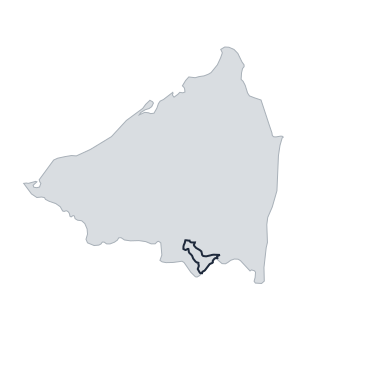 where Madriz sits in Nicaragua, rotated 230°
{"feature_id": "NIC-665", "entity_name": "Madriz", "entity_type": "Department", "adm_level": 1, "iso_a3": "NIC", "parent_name": "Nicaragua", "parent_adm1": "", "projection": "robinson", "projection_center": [-86.499, 13.43], "detail": "fine", "context": "in_parent", "style": "outline", "palette": "slate", "viewbox_px": 384, "rotation_deg": 230, "n_neighbors": 0, "source": "natural_earth", "source_scale": "10m", "svg_char_len": 3352}
<svg xmlns="http://www.w3.org/2000/svg" viewBox="0 0 384 384"><g transform="rotate(230 192 192)"><path d="M306.8,68.6L305.4,70.8L303.8,72.2L300.6,79.1L299.5,79.7L299.3,74.6L297.3,73.9L295.1,75.8L293.8,78.4L295.8,81.8L297.5,81.9L299.6,82.8L305.4,106.6L304.2,110.9L300.7,117.5L297.4,123.1L294.0,126.6L289.9,141.6L286.2,165.9L289.0,187.8L287.7,208.0L288.9,212.8L289.3,218.7L286.5,219.8L284.9,219.6L283.3,216.0L283.5,212.8L285.1,209.0L285.8,203.9L285.0,201.2L283.4,207.0L280.5,209.7L278.7,210.6L276.8,213.5L278.8,219.0L281.3,223.1L282.1,226.0L281.2,229.5L280.7,241.3L279.8,240.9L278.9,239.3L276.2,239.2L275.9,244.0L276.2,246.7L273.9,248.7L273.1,250.8L275.0,252.2L277.0,253.1L279.5,252.9L281.5,258.7L282.2,263.5L277.5,267.9L275.9,271.5L273.2,275.9L271.7,280.3L271.2,283.4L273.1,293.2L276.4,300.2L279.1,304.7L282.8,305.7L282.0,310.3L279.2,313.3L274.2,315.8L268.7,316.2L259.6,313.9L255.9,313.6L254.5,312.4L254.1,310.1L251.5,306.6L246.7,302.0L244.0,302.3L239.5,301.3L232.1,298.2L228.7,297.8L223.8,300.5L218.1,304.0L204.3,298.5L194.6,294.6L185.9,291.2L183.6,289.8L181.7,290.1L180.1,291.9L178.2,295.2L177.6,296.1L176.6,297.0L175.4,297.2L175.4,295.7L171.1,289.3L164.3,281.6L138.4,257.9L128.9,243.8L123.8,233.6L118.9,228.3L104.9,217.4L101.7,213.1L87.9,198.6L77.3,190.1L77.2,186.5L81.5,182.0L83.7,182.2L86.0,185.5L89.7,189.1L91.5,189.2L94.1,187.5L94.2,185.7L108.3,185.0L110.9,184.1L113.4,181.4L114.8,177.7L115.0,174.1L115.5,171.5L117.8,169.0L121.9,168.3L125.1,168.0L126.1,166.3L125.1,160.9L123.4,147.6L123.1,143.9L123.6,141.2L124.9,140.1L131.2,139.5L143.1,140.6L145.4,139.8L150.2,132.2L154.6,126.7L157.7,124.2L160.2,123.5L163.1,128.4L173.1,135.4L174.8,135.0L175.8,134.6L176.2,133.6L176.0,130.4L178.5,127.4L183.7,124.7L188.9,120.1L194.2,113.4L198.7,109.4L202.6,108.3L204.0,106.4L203.1,103.9L203.4,100.4L204.9,95.9L207.2,93.2L210.1,92.5L211.3,91.1L210.7,88.9L211.2,86.5L213.9,82.6L220.2,79.3L223.9,80.4L226.9,84.9L231.1,87.9L236.7,89.6L240.9,89.0L244.0,86.2L246.7,85.3L249.2,86.4L250.4,85.8L250.6,83.4L251.8,82.9L254.2,84.2L256.3,84.5L258.2,83.9L258.9,82.7L259.3,81.6L260.6,80.7L265.4,81.6L270.7,80.2L276.7,76.6L280.6,75.0L282.5,75.4L284.8,73.6L287.5,69.6L293.7,67.8L306.8,68.6Z" fill="#d9dde1" stroke="#a8b0b8" stroke-width="1"/><path d="M125.0,168.9L125.3,168.6L126.0,167.9L126.4,167.2L126.5,166.3L126.2,164.6L126.1,164.3L125.8,163.5L125.4,163.2L125.1,163.1L124.8,162.9L124.6,162.3L124.7,161.5L125.3,159.9L125.4,159.0L123.8,152.0L123.7,151.0L124.1,149.2L124.0,148.2L123.8,147.9L123.4,147.5L123.8,147.1L124.2,146.5L124.4,146.3L124.6,146.2L125.7,146.2L129.3,146.9L130.3,148.6L130.5,149.1L131.0,149.6L131.5,150.1L132.4,150.4L133.0,150.8L133.6,151.4L134.4,151.0L134.9,150.4L136.1,150.1L136.6,150.0L140.2,150.1L143.1,151.1L144.7,151.1L146.8,150.8L147.4,150.9L148.2,151.1L149.2,151.8L150.7,152.6L151.2,152.0L151.5,150.3L151.7,149.9L151.8,149.7L152.9,149.2L153.9,148.8L155.7,150.4L156.1,150.9L156.6,151.6L157.7,153.8L159.3,155.9L158.8,156.5L156.8,158.3L156.3,158.9L155.7,158.6L155.0,158.6L154.2,158.8L153.3,159.6L151.5,161.8L151.0,161.1L150.5,159.8L150.3,159.4L149.4,159.1L146.5,159.2L142.6,160.6L140.5,161.0L138.3,159.9L137.6,159.5L137.0,159.3L135.7,159.5L133.6,161.5L131.5,165.6L131.1,166.6L130.2,168.1L125.9,172.9L126.3,171.2L126.5,170.8L126.5,170.4L126.4,170.0L126.3,169.5L126.0,169.3L125.0,169.0L125.0,168.9Z" fill="none" stroke="#1e293b" stroke-width="2"/></g></svg>